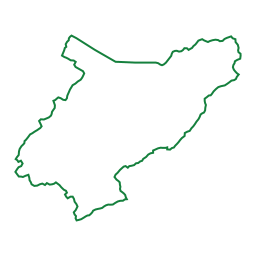 the district of Santo Antônio de Pádua, Rio de Janeiro, Brazil
{"feature_id": "56859067B31690951334962", "entity_name": "Santo Antônio de Pádua", "entity_type": "district", "adm_level": 2, "iso_a3": "BRA", "parent_name": "Brazil", "parent_adm1": "Rio de Janeiro", "projection": "albers", "projection_center": [-42.192, -21.571], "detail": "fine", "context": "isolated", "style": "outline", "palette": "green", "viewbox_px": 256, "rotation_deg": 0, "n_neighbors": 0, "source": "geoboundaries", "source_scale": "gbopen_adm2", "svg_char_len": 3355}
<svg xmlns="http://www.w3.org/2000/svg" viewBox="0 0 256 256"><path d="M30.1,134.4L27.9,137.4L25.9,139.9L24.6,141.0L24.3,143.3L22.9,144.8L21.5,146.1L19.7,148.9L19.0,151.4L18.7,155.0L17.0,157.1L15.7,159.1L17.3,160.2L18.4,161.9L20.9,160.7L22.6,163.5L21.2,166.1L18.6,167.2L17.1,169.2L15.4,171.9L18.8,176.5L21.2,176.6L22.9,177.0L25.5,175.8L28.4,174.8L29.3,177.8L29.6,180.3L30.7,182.0L31.6,184.3L34.3,185.9L37.3,185.6L39.8,184.3L42.3,183.6L45.0,185.0L46.9,183.1L49.7,184.6L52.1,184.3L54.1,183.7L55.9,182.4L57.5,183.6L59.5,185.1L61.3,187.3L63.8,189.7L66.0,190.8L66.9,192.7L65.0,194.5L66.2,196.7L67.7,198.3L70.4,196.7L72.7,196.7L74.0,199.0L74.6,201.7L76.4,204.1L77.5,206.5L75.7,210.1L73.8,212.3L74.6,214.5L76.0,216.1L75.6,218.3L76.6,220.4L78.8,219.9L81.2,219.2L84.0,217.5L85.7,216.4L87.4,215.5L89.2,215.3L90.7,214.0L92.2,212.4L93.1,210.7L95.5,209.5L98.0,208.9L100.1,208.5L102.2,207.9L104.1,206.4L106.0,205.3L108.2,204.6L110.8,204.7L112.9,204.5L115.1,203.0L117.7,201.5L120.2,200.8L123.0,200.7L124.8,199.4L126.8,199.2L125.8,197.2L125.2,195.0L124.0,193.6L122.3,192.2L120.6,191.0L120.0,189.0L120.4,186.8L119.9,184.6L119.7,182.3L118.4,181.0L116.5,179.6L114.5,177.0L115.6,174.6L117.6,172.8L120.0,169.9L122.1,168.0L123.7,166.6L125.6,166.1L127.8,167.7L129.3,166.1L131.4,165.8L134.1,165.1L136.0,163.3L138.2,163.0L140.2,161.4L142.1,160.8L143.2,158.9L146.2,156.9L148.2,154.6L150.5,153.3L153.1,152.8L153.1,150.5L155.0,149.7L158.1,148.3L160.7,147.7L162.8,147.9L165.5,147.9L167.2,147.4L167.2,149.4L170.1,149.6L171.8,148.1L173.9,147.5L175.2,145.7L177.0,143.9L178.6,142.1L180.0,140.2L181.8,138.1L184.6,136.0L184.8,133.0L187.3,131.7L189.7,130.9L191.4,128.3L193.3,126.3L194.9,124.1L196.5,121.6L198.4,119.3L199.6,117.1L200.6,114.5L202.1,113.4L204.0,112.5L205.1,110.4L205.3,107.8L205.9,105.0L205.1,103.0L204.7,101.0L204.7,98.7L206.9,97.1L208.8,95.5L210.7,95.3L211.9,93.9L213.6,91.4L216.0,89.0L218.3,87.1L221.0,86.2L224.8,85.4L227.1,83.9L229.2,82.4L231.5,80.6L234.2,80.1L235.9,79.0L236.8,76.9L238.7,74.5L237.0,73.3L235.3,71.5L233.8,69.6L232.9,67.2L233.4,65.0L234.5,63.3L234.9,61.3L237.2,59.9L240.2,58.7L240.6,55.7L240.5,53.7L238.5,52.2L238.1,50.3L238.6,47.9L237.8,44.8L235.6,42.1L235.4,39.2L232.7,38.3L231.1,36.4L229.1,37.1L226.8,37.9L224.5,39.0L222.6,40.9L219.8,41.2L218.2,40.1L215.5,39.7L212.6,40.2L209.7,41.1L208.0,42.0L206.2,41.3L204.1,40.4L202.2,39.2L200.5,39.8L198.4,40.6L196.9,42.6L195.4,44.5L193.4,46.1L192.1,47.9L190.1,49.0L188.6,49.9L187.0,48.3L184.4,48.2L183.1,49.9L181.4,51.2L179.0,51.6L176.8,50.8L175.0,50.9L172.8,51.8L171.8,53.7L171.2,55.9L169.8,57.7L168.4,59.5L165.9,62.7L163.7,64.5L162.0,65.2L160.3,64.6L158.2,63.2L155.8,62.6L135.2,62.6L118.9,61.9L115.6,61.8L97.7,51.5L94.6,49.7L76.3,38.1L71.5,35.6L70.0,36.8L68.9,38.3L68.7,40.3L67.1,41.8L65.7,44.2L66.3,46.8L64.8,48.0L64.2,50.3L63.2,52.7L62.0,55.6L64.5,57.1L66.2,57.7L68.3,58.8L70.7,60.3L73.7,60.5L75.7,61.9L74.2,64.7L75.6,67.0L77.9,68.3L83.0,71.2L84.2,73.4L83.2,75.6L82.2,77.6L80.7,79.7L77.8,81.5L75.4,83.6L72.6,85.2L71.3,87.4L70.0,89.5L68.8,92.3L67.3,95.7L66.9,98.3L65.5,100.1L63.2,99.8L60.7,98.2L58.3,97.4L56.7,98.7L55.3,100.0L53.4,100.8L54.9,105.2L54.7,108.0L53.1,110.2L52.0,111.9L51.7,113.8L51.0,115.6L48.9,117.4L46.6,118.4L43.9,119.5L40.8,119.3L39.1,121.0L40.4,123.6L41.6,126.3L40.3,128.0L38.8,129.0L37.1,130.2L35.5,131.1L33.8,132.2L32.4,133.2L30.1,134.4Z" fill="none" stroke="#15803d" stroke-width="2"/></svg>